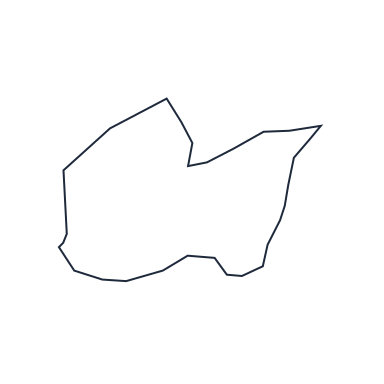 an SVG outline of Escaldes-Engordany, rotated 159°
{"feature_id": "AND-4881", "entity_name": "Escaldes-Engordany", "entity_type": "state/province", "adm_level": 1, "iso_a3": "AND", "parent_name": "Andorra", "parent_adm1": "", "projection": "robinson", "projection_center": [1.58, 42.496], "detail": "fine", "context": "isolated", "style": "outline", "palette": "slate", "viewbox_px": 384, "rotation_deg": 159, "n_neighbors": 0, "source": "natural_earth", "source_scale": "10m", "svg_char_len": 519}
<svg xmlns="http://www.w3.org/2000/svg" viewBox="0 0 384 384"><g transform="rotate(159 192 192)"><path d="M336.0,188.2L330.5,190.7L323.9,197.8L304.2,258.3L245.7,280.8L182.2,288.3L176.9,261.0L174.1,237.6L186.4,217.6L167.4,214.3L137.5,217.6L103.6,222.6L79.2,214.3L48.0,207.6L62.9,199.2L84.6,187.5L99.6,164.1L110.4,145.8L119.9,134.1L140.3,115.7L152.5,97.3L175.5,95.7L189.1,102.3L194.5,122.4L218.9,134.1L247.4,129.1L285.4,132.4L307.1,142.4L330.1,160.8L336.0,188.2Z" fill="none" stroke="#1e293b" stroke-width="2"/></g></svg>